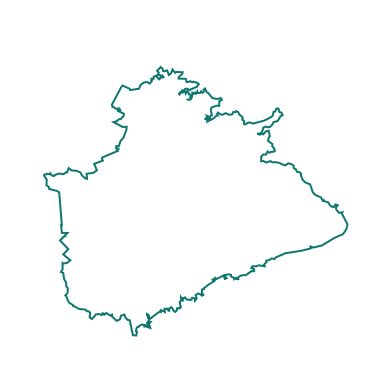 WaitÄkere Ranges Local Board Area, Auckland, New Zealand (orthographic projection), rotated 258°
{"feature_id": "76426892B98769695069148", "entity_name": "WaitÄkere Ranges Local Board Area", "entity_type": "district", "adm_level": 2, "iso_a3": "NZL", "parent_name": "New Zealand", "parent_adm1": "Auckland", "projection": "orthographic", "projection_center": [174.557, -36.943], "detail": "fine", "context": "isolated", "style": "outline", "palette": "teal", "viewbox_px": 384, "rotation_deg": 258, "n_neighbors": 0, "source": "geoboundaries", "source_scale": "gbopen_adm2", "svg_char_len": 5945}
<svg xmlns="http://www.w3.org/2000/svg" viewBox="0 0 384 384"><g transform="rotate(258 192 192)"><path d="M64.2,104.4L63.3,107.6L66.6,109.2L67.5,108.3L69.9,109.2L71.2,110.5L71.0,111.5L71.8,112.0L72.8,115.3L71.7,118.4L70.1,118.8L67.7,122.9L69.4,122.7L70.6,120.4L70.6,121.2L71.3,120.9L70.6,121.5L70.8,122.4L71.8,122.0L71.6,120.7L73.1,120.8L75.9,123.7L78.2,122.8L79.1,123.3L80.9,122.3L82.0,122.6L80.3,124.2L78.1,123.8L76.9,125.1L80.9,133.4L81.8,135.9L81.2,136.6L83.7,137.0L81.9,137.5L81.8,139.0L80.3,140.5L83.5,140.9L82.9,143.8L81.2,144.0L80.6,144.9L82.9,145.9L83.7,147.6L83.0,148.4L79.8,149.2L77.6,151.2L78.4,150.9L79.3,152.5L81.4,153.2L80.7,155.7L81.6,156.0L81.6,157.0L87.3,157.2L88.1,159.5L87.5,161.5L89.8,159.0L91.4,159.3L90.1,159.8L90.0,163.0L91.1,163.0L88.3,164.2L87.5,165.2L87.5,166.9L86.6,167.6L87.0,169.3L88.3,169.8L88.2,171.5L87.2,172.5L85.1,172.4L87.0,174.5L90.5,174.1L91.5,176.8L90.1,179.1L88.5,180.2L88.9,181.7L91.7,180.7L94.6,181.5L94.5,183.5L95.4,183.7L97.8,188.5L100.4,195.7L101.5,196.2L102.1,194.4L101.6,192.9L102.2,194.3L102.0,196.8L103.9,196.3L101.8,197.9L104.0,206.2L103.8,211.1L102.8,212.9L101.1,212.7L99.3,215.2L98.0,215.1L98.9,217.0L97.6,217.3L97.2,219.1L98.7,218.8L100.1,222.2L99.9,225.9L99.3,226.9L102.4,234.1L101.6,235.3L101.8,236.4L103.8,236.6L105.4,234.2L106.8,235.6L106.0,239.2L106.4,242.2L103.8,248.5L105.6,246.8L108.1,250.3L109.3,250.3L109.4,253.6L110.4,256.2L109.3,258.7L110.6,260.3L112.7,270.7L111.8,286.2L112.1,295.8L112.8,297.5L114.7,295.8L112.4,299.2L112.7,308.1L117.5,321.8L119.4,331.0L123.7,335.4L128.1,337.4L140.2,334.0L140.9,334.7L140.9,331.7L144.2,329.7L146.9,329.3L148.7,331.8L150.0,329.9L147.9,327.3L148.4,325.9L150.4,324.1L153.4,323.3L155.7,319.2L156.7,319.1L156.2,318.1L159.9,317.0L163.5,312.0L166.6,310.1L174.9,309.1L178.0,304.6L180.8,302.9L185.6,301.9L187.0,302.6L189.0,301.2L189.9,298.9L192.5,298.3L194.3,296.5L196.6,296.9L197.7,296.1L199.9,292.7L199.7,290.9L198.7,289.6L199.0,287.8L202.3,283.5L203.9,279.7L204.3,276.7L205.9,275.2L205.4,270.8L207.6,268.0L207.7,266.1L212.2,267.1L213.9,269.3L213.2,272.1L215.9,274.4L214.6,275.3L214.3,276.5L214.9,277.2L214.4,280.3L215.0,281.7L217.3,281.5L220.0,280.0L222.2,280.6L226.3,277.0L228.8,278.1L230.5,279.8L236.0,279.7L235.9,276.9L233.7,273.8L234.4,273.4L234.0,270.2L235.5,267.8L235.1,270.8L235.5,272.1L238.4,274.5L240.1,275.0L240.7,278.0L239.7,279.2L239.4,281.8L241.3,284.7L243.4,286.2L243.6,290.6L247.8,294.4L248.3,296.6L250.9,296.2L252.0,294.1L255.6,293.9L256.0,293.1L255.6,291.4L253.4,290.2L253.4,288.5L249.7,286.6L248.8,284.8L246.8,277.4L246.2,266.0L248.1,262.8L248.2,261.2L247.0,258.4L247.7,257.0L250.4,257.8L252.3,256.2L253.3,257.0L254.9,256.8L258.0,254.3L260.7,253.8L261.9,251.9L261.1,251.0L261.6,248.9L259.7,247.7L259.8,244.3L262.1,241.4L261.2,237.7L262.2,235.8L264.3,233.9L262.6,232.4L261.5,232.9L261.8,232.0L259.6,228.6L258.0,222.7L258.7,223.3L258.3,222.2L259.4,222.9L259.1,221.8L261.0,221.0L259.8,219.9L260.8,220.2L261.2,221.0L260.3,221.8L261.1,222.7L263.5,222.3L261.5,225.0L262.9,226.4L262.9,227.4L267.5,227.4L270.6,228.5L271.3,233.6L270.6,236.6L275.1,237.5L275.6,240.1L276.7,240.4L278.1,239.3L277.6,238.5L278.0,235.1L279.7,231.4L285.6,228.4L286.4,227.2L290.5,226.3L289.8,224.7L287.7,224.4L286.9,222.9L288.6,221.8L287.3,220.8L287.5,218.9L287.7,218.0L289.2,218.0L287.3,216.3L288.5,215.8L287.8,214.4L288.7,214.1L289.2,212.9L287.1,212.7L283.6,210.8L282.9,210.2L282.7,208.7L283.0,207.5L282.7,207.7L283.0,207.4L283.1,208.9L283.8,209.7L287.1,210.7L288.0,210.2L288.3,209.1L289.6,209.3L290.8,208.3L290.8,206.8L290.6,206.6L290.1,206.4L289.9,206.3L291.8,205.9L291.2,203.0L291.8,201.2L291.0,200.1L290.6,200.4L290.1,200.4L289.2,199.4L290.2,200.3L291.1,200.0L291.9,201.0L292.7,203.3L293.6,203.7L293.0,205.9L294.2,206.6L294.2,208.5L293.0,209.8L292.3,208.9L292.5,210.9L291.3,210.4L292.5,211.2L293.9,218.8L295.5,219.9L295.9,221.0L297.4,220.2L298.6,218.6L298.8,217.1L299.7,216.4L299.3,215.0L300.8,213.2L300.4,210.9L300.9,209.5L304.0,209.5L305.7,202.5L307.2,202.9L309.6,207.1L311.1,207.7L312.7,201.6L312.0,200.3L315.9,198.4L312.4,196.2L311.3,193.7L316.1,193.0L315.8,190.0L316.3,189.0L318.7,188.8L320.7,187.3L317.8,183.1L315.8,184.3L314.7,183.4L312.2,185.2L312.5,185.7L311.4,186.9L311.8,187.4L310.2,187.9L310.1,186.7L310.9,186.1L309.2,183.8L309.9,183.5L309.5,182.9L312.0,181.5L313.4,182.5L312.8,178.5L310.8,178.0L311.1,176.3L310.5,176.6L309.9,175.4L308.9,175.8L306.8,173.2L308.8,171.0L309.2,168.1L307.7,164.3L304.0,161.5L304.6,152.7L306.0,152.4L310.6,146.2L309.1,144.4L294.0,131.8L291.8,131.9L291.8,132.7L289.3,134.7L288.9,138.2L287.2,138.8L287.4,136.4L286.9,136.2L282.8,141.6L281.7,141.4L280.6,140.9L278.2,137.4L278.3,135.6L276.9,133.3L276.7,129.8L270.0,137.7L269.4,141.6L266.8,140.9L259.7,136.5L256.6,132.6L251.8,129.8L252.7,127.6L250.8,126.8L249.3,128.9L248.4,127.2L247.6,127.8L244.4,111.4L243.4,110.8L241.2,111.3L239.9,102.2L233.0,103.5L231.3,99.4L231.7,92.6L226.7,92.1L227.2,90.7L231.3,87.7L234.3,86.9L236.9,83.3L238.0,79.0L241.0,76.3L237.1,73.8L237.3,72.5L236.2,70.0L237.7,65.5L237.1,61.2L236.3,60.5L237.2,58.4L239.7,57.3L238.9,56.8L240.0,54.0L239.5,53.2L239.8,51.4L238.9,50.6L234.4,52.5L229.0,51.0L226.5,53.1L224.7,52.9L221.0,60.3L219.2,62.0L186.6,57.8L186.9,57.1L179.1,56.2L177.8,61.6L175.9,58.7L175.2,58.9L175.0,57.3L172.1,52.8L161.9,59.1L157.7,53.1L150.5,58.8L148.7,55.1L148.7,51.2L149.4,50.6L143.5,49.4L141.0,47.2L139.6,49.2L133.3,48.8L129.6,50.0L125.8,49.4L123.7,50.5L119.3,49.4L117.1,46.6L116.2,47.4L111.3,48.1L109.3,48.8L106.3,51.9L105.0,52.0L104.8,53.0L101.1,57.2L99.1,63.4L97.3,64.3L96.8,66.0L95.2,67.3L90.6,65.8L88.6,67.8L92.3,72.7L91.9,75.9L90.5,77.9L91.1,78.8L90.5,80.0L91.7,79.8L90.7,81.6L91.4,83.1L88.1,86.5L88.6,88.3L87.0,87.9L81.6,91.5L82.4,95.0L85.8,96.9L86.1,100.3L83.1,100.8L80.4,102.3L79.5,104.4L64.2,104.4ZM102.4,205.7L100.2,206.0L100.5,207.9L103.0,206.6L102.4,205.7ZM73.4,124.4L73.7,122.4L73.2,122.2L72.5,123.3L73.4,124.4ZM70.8,118.3L71.0,117.3L70.4,117.3L70.2,118.1L70.8,118.3Z" fill="none" stroke="#0f766e" stroke-width="2"/></g></svg>